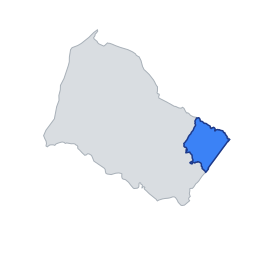 Upper West on a map of Ghana (Mercator projection), rotated 127°
{"feature_id": "GHA-2157", "entity_name": "Upper West", "entity_type": "Region", "adm_level": 1, "iso_a3": "GHA", "parent_name": "Ghana", "parent_adm1": "", "projection": "mercator", "projection_center": [-2.051, 10.34], "detail": "fine", "context": "in_parent", "style": "filled", "palette": "blue", "viewbox_px": 256, "rotation_deg": 127, "n_neighbors": 0, "source": "natural_earth", "source_scale": "10m", "svg_char_len": 5643}
<svg xmlns="http://www.w3.org/2000/svg" viewBox="0 0 256 256"><g transform="rotate(127 128 128)"><path d="M155.6,36.5L157.4,38.2L157.8,39.2L157.2,43.0L155.8,45.7L155.0,48.2L155.1,49.4L155.9,50.7L158.7,52.6L160.1,53.9L161.8,55.8L163.8,57.7L167.1,60.1L168.5,60.6L168.5,61.3L168.0,62.2L167.7,71.3L167.4,73.6L167.2,74.8L166.9,78.2L166.5,78.7L165.9,78.7L165.3,78.8L165.2,79.5L165.4,80.2L167.4,80.7L167.0,81.2L165.5,81.6L164.8,82.7L165.1,83.8L164.3,84.8L164.5,85.4L165.0,85.9L165.9,85.7L168.2,84.1L169.2,83.9L170.4,84.3L172.7,86.7L172.8,87.8L171.9,91.8L171.0,94.9L170.8,99.0L171.8,101.3L171.6,102.6L170.6,103.7L168.3,105.3L168.5,106.4L169.5,108.4L171.5,110.6L175.3,113.4L177.3,117.0L177.4,118.5L176.2,120.0L174.8,121.3L174.4,123.1L175.0,135.2L171.9,140.5L171.9,142.0L172.2,143.7L173.0,144.8L174.6,145.1L175.8,146.1L175.4,149.8L174.7,153.5L174.6,155.4L174.2,156.2L173.0,156.9L172.6,158.1L172.9,159.6L172.7,160.7L173.3,162.1L174.7,163.8L176.9,168.1L177.8,168.5L178.1,169.4L177.9,170.3L178.8,172.2L181.2,174.1L183.8,175.8L185.9,176.0L186.4,177.5L187.8,179.4L188.8,180.3L190.3,180.8L191.6,181.1L191.7,182.7L189.4,183.8L187.8,185.5L186.6,188.0L184.9,190.8L179.1,192.2L176.9,192.2L165.0,192.3L153.9,197.8L147.5,199.7L143.6,202.8L138.3,205.0L134.6,207.6L127.0,208.9L114.4,213.1L110.5,214.7L106.5,217.6L100.0,221.0L97.5,221.0L92.4,217.8L88.6,216.2L79.3,213.8L72.3,212.8L68.9,211.8L68.0,211.6L68.8,210.5L70.8,210.4L72.8,210.7L74.3,209.9L76.6,209.8L77.2,208.8L77.4,206.5L77.4,204.7L78.1,203.9L78.3,201.7L77.2,196.8L76.4,196.3L72.4,195.6L72.1,194.6L71.4,193.6L70.6,191.1L69.7,187.4L68.3,182.8L65.5,175.2L64.9,172.5L64.4,169.8L64.3,166.5L64.9,165.3L64.8,163.6L64.5,161.9L66.4,158.1L70.2,153.3L71.0,151.6L71.7,150.4L71.8,148.7L72.5,143.2L74.3,136.5L75.4,134.0L76.2,132.6L77.1,130.4L77.3,129.3L80.8,126.7L82.4,126.0L82.8,125.0L82.2,123.8L82.5,123.1L83.3,122.7L84.6,122.4L85.5,121.3L84.0,113.0L82.9,104.8L82.8,104.1L82.1,102.9L81.4,99.5L80.2,97.5L78.6,96.9L78.6,95.1L80.2,91.9L80.7,90.0L79.9,89.5L79.8,88.0L80.3,85.7L80.0,84.2L79.8,82.7L78.0,79.1L77.6,76.5L78.5,75.0L78.5,71.7L77.5,66.7L77.4,63.5L78.0,62.1L77.7,60.9L76.5,59.7L76.4,58.5L77.4,57.4L77.3,56.5L76.0,55.8L74.8,54.3L73.8,51.8L74.0,47.8L75.9,40.5L76.2,39.9L78.4,39.9L78.4,40.3L85.4,40.2L93.4,40.1L102.9,40.0L111.6,39.9L112.0,39.6L113.4,39.2L122.1,39.9L127.6,39.6L129.9,39.8L131.6,40.3L135.4,40.0L137.4,40.2L138.9,42.0L139.5,42.0L140.4,41.2L141.9,40.3L143.4,39.6L144.5,38.2L145.2,37.1L146.2,37.3L147.6,37.3L148.6,36.4L149.0,35.0L155.6,36.5Z" fill="#d9dde1" stroke="#a8b0b8" stroke-width="1"/><path d="M112.6,39.1L116.3,39.2L116.6,39.3L116.1,40.6L115.9,41.2L116.0,41.6L116.0,42.0L115.9,42.3L115.8,42.5L115.7,42.6L115.8,42.8L115.8,43.0L115.8,44.2L115.7,44.4L115.5,44.5L115.4,44.6L115.2,44.7L114.7,45.1L114.5,45.3L114.5,45.6L114.5,46.0L114.4,46.1L114.4,46.3L114.0,46.6L113.6,47.1L113.4,47.2L113.1,47.4L113.0,47.5L112.8,47.6L112.5,47.9L112.4,48.2L112.3,48.4L112.2,49.3L112.2,49.5L112.3,50.0L112.6,51.2L112.6,51.3L112.7,51.5L112.8,51.9L112.9,52.0L113.0,52.1L113.4,52.1L113.6,52.2L113.8,52.3L113.9,52.5L114.0,52.7L114.1,52.8L114.3,53.0L114.5,53.2L114.6,53.3L114.8,53.4L115.1,53.4L115.3,53.4L115.7,53.7L115.8,53.8L115.8,54.0L115.8,54.4L115.8,54.6L115.9,54.9L116.0,55.0L116.3,55.3L116.5,55.4L116.8,55.7L117.0,55.7L117.4,55.3L117.5,55.2L117.8,55.2L118.1,55.3L118.2,55.5L118.4,55.8L118.5,56.3L118.6,56.9L118.5,57.3L118.5,57.5L118.3,57.7L117.4,57.4L116.3,56.9L115.7,56.6L115.3,56.6L115.1,56.6L114.9,56.6L114.7,56.7L114.5,56.8L114.1,57.3L113.5,58.4L113.3,58.6L112.9,59.0L111.8,59.9L111.4,60.3L111.2,60.7L111.0,61.0L110.9,61.1L110.9,61.5L110.8,62.6L110.8,62.8L110.7,63.0L110.2,63.8L110.1,64.0L110.3,64.4L112.5,66.4L112.7,66.6L112.9,66.8L112.8,67.0L112.7,67.1L112.4,67.2L112.0,67.4L111.9,67.4L111.7,67.4L111.4,67.4L111.1,67.3L110.8,67.3L110.7,67.4L110.3,67.4L110.1,67.5L110.7,67.8L110.8,67.8L110.9,68.0L110.8,68.3L110.6,68.4L110.4,68.4L110.1,68.3L109.9,68.3L109.6,68.6L109.4,68.6L109.1,68.7L109.0,68.8L108.9,69.0L108.7,69.4L108.7,69.6L108.8,70.1L108.7,70.2L108.8,70.4L108.8,70.5L109.0,70.9L109.1,71.0L109.1,71.4L109.1,71.6L109.0,72.0L108.9,72.3L108.8,72.5L108.7,72.6L107.9,72.9L107.6,73.0L107.4,73.3L107.2,73.7L107.0,73.9L106.9,74.0L106.2,74.0L104.6,73.8L104.4,73.8L104.0,73.9L103.6,73.9L101.8,73.8L98.0,74.6L96.9,74.6L96.2,74.6L95.9,74.5L95.1,74.4L94.7,74.4L94.4,74.5L93.5,74.7L93.3,74.8L90.7,74.6L87.9,75.4L87.6,75.5L86.1,75.5L85.7,75.6L85.3,75.7L85.0,75.8L84.9,75.9L84.8,76.0L84.6,76.2L84.5,76.4L84.3,76.9L84.2,77.2L84.1,77.3L83.9,77.4L83.3,77.5L83.1,77.6L82.9,77.8L82.8,78.1L82.6,78.3L82.4,78.5L82.1,78.7L81.9,78.8L78.7,79.2L78.4,78.8L78.3,78.5L78.2,78.3L77.9,78.2L77.6,78.1L77.4,77.9L77.2,77.3L77.3,76.7L77.8,75.7L78.8,74.6L79.0,74.3L78.9,74.0L78.2,72.9L78.1,72.1L78.3,70.8L78.4,70.1L78.2,69.6L77.5,68.6L77.4,68.0L77.4,66.4L77.4,65.5L77.1,64.2L77.1,63.6L77.5,63.0L78.1,62.5L78.3,62.3L78.4,61.9L78.3,61.5L78.3,61.3L78.1,61.2L77.8,61.1L77.5,61.0L77.2,61.0L77.1,60.9L77.0,60.6L76.9,60.4L76.6,60.3L76.4,60.3L76.1,60.2L75.9,59.7L75.9,59.1L76.0,58.5L76.2,58.1L76.4,57.8L76.6,57.6L76.9,57.5L77.3,57.5L77.6,57.3L77.9,57.1L78.0,56.8L77.9,56.7L77.2,56.7L76.7,56.6L76.4,56.4L75.3,55.5L75.1,55.1L75.0,54.6L74.9,54.4L74.6,54.0L74.4,53.9L74.3,53.6L74.3,53.0L74.2,52.7L73.4,51.1L73.2,50.6L73.3,50.3L73.7,49.6L73.9,49.1L74.0,49.0L74.0,48.9L74.0,48.7L73.9,48.5L73.7,48.4L73.5,48.0L73.6,47.8L73.9,47.5L74.1,47.3L74.2,46.6L74.7,45.8L75.0,44.4L75.2,43.8L75.6,43.4L76.1,43.0L76.4,42.6L76.6,41.9L76.4,41.4L76.1,40.9L75.9,40.3L76.0,40.1L76.0,39.9L78.5,40.0L78.5,40.3L79.1,40.3L81.8,40.2L87.4,40.2L94.4,40.1L100.8,40.0L107.1,40.0L111.6,39.9L111.9,39.8L112.1,39.2L112.6,39.1Z" fill="#3b82f6" stroke="#1e3a8a" stroke-width="1.5"/></g></svg>